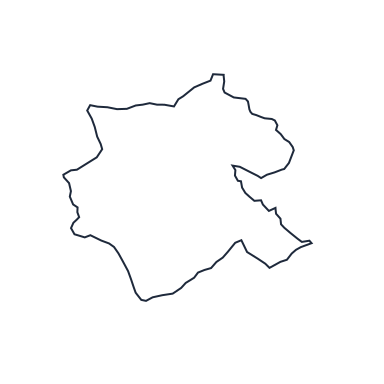 Geroskipou, Paphos, Cyprus, rotated 26°
{"feature_id": "46923920B13296548837495", "entity_name": "Geroskipou", "entity_type": "district", "adm_level": 2, "iso_a3": "CYP", "parent_name": "Cyprus", "parent_adm1": "Paphos", "projection": "equal_earth", "projection_center": [32.458, 34.751], "detail": "fine", "context": "isolated", "style": "outline", "palette": "slate", "viewbox_px": 384, "rotation_deg": 26, "n_neighbors": 0, "source": "geoboundaries", "source_scale": "gbopen_adm2", "svg_char_len": 1795}
<svg xmlns="http://www.w3.org/2000/svg" viewBox="0 0 384 384"><g transform="rotate(26 192 192)"><path d="M68.8,232.9L70.4,235.0L77.6,237.9L82.8,244.3L84.2,249.7L90.6,255.3L95.9,256.0L97.8,260.4L101.6,264.1L100.6,267.2L98.9,271.6L99.1,277.5L104.9,281.5L115.5,279.8L119.6,275.4L131.8,275.4L140.0,274.6L146.0,275.6L152.8,279.4L159.9,284.4L169.2,291.1L175.5,297.2L181.5,303.3L185.5,307.2L186.9,307.9L193.7,311.2L198.4,310.0L202.8,303.9L210.5,297.8L219.2,291.8L224.3,283.0L226.2,276.5L229.0,272.1L231.5,268.1L232.7,261.8L237.4,256.6L242.5,252.0L244.6,244.2L248.4,237.5L250.4,230.2L253.1,218.7L257.5,213.7L267.8,221.8L280.3,223.1L289.3,224.3L294.9,226.2L295.7,225.1L302.1,216.0L307.0,211.3L308.6,203.6L310.8,198.4L314.0,193.8L321.9,185.6L320.0,184.8L318.9,184.3L312.6,188.7L307.3,187.7L298.1,185.6L290.7,183.7L286.2,182.0L283.2,177.2L277.1,174.7L275.1,171.6L274.0,169.7L269.4,175.3L261.2,172.2L257.7,169.2L251.9,172.6L246.0,171.1L240.4,169.5L235.1,166.1L231.3,160.9L228.3,161.8L223.4,158.4L221.4,153.3L216.9,150.5L223.9,148.4L235.6,148.6L244.0,148.7L248.0,149.2L251.8,143.6L257.6,138.2L262.9,132.5L264.8,130.9L266.4,123.4L265.8,116.7L265.2,109.9L264.0,108.7L262.9,107.5L257.5,104.5L251.8,103.9L246.4,101.1L240.3,99.4L239.5,94.6L235.1,91.4L231.7,91.4L225.0,93.9L221.4,94.3L216.0,94.7L211.9,95.4L209.3,94.3L207.3,92.5L204.7,88.9L202.6,86.1L199.3,84.8L188.1,88.7L183.1,88.5L177.7,88.3L174.7,85.7L172.5,78.5L169.5,73.7L169.1,72.8L159.3,76.9L159.8,83.8L154.0,90.1L148.1,97.0L142.1,109.8L139.1,114.6L138.3,123.0L128.8,125.7L122.4,128.8L115.0,130.7L109.4,135.1L103.5,138.9L97.0,145.8L88.3,150.4L78.8,152.9L69.7,156.7L62.4,158.6L62.1,164.7L69.7,170.0L76.1,176.2L82.5,183.8L88.9,188.9L92.5,192.9L91.2,202.6L88.3,207.2L78.8,222.4L73.7,225.6L68.8,232.9Z" fill="none" stroke="#1e293b" stroke-width="2"/></g></svg>